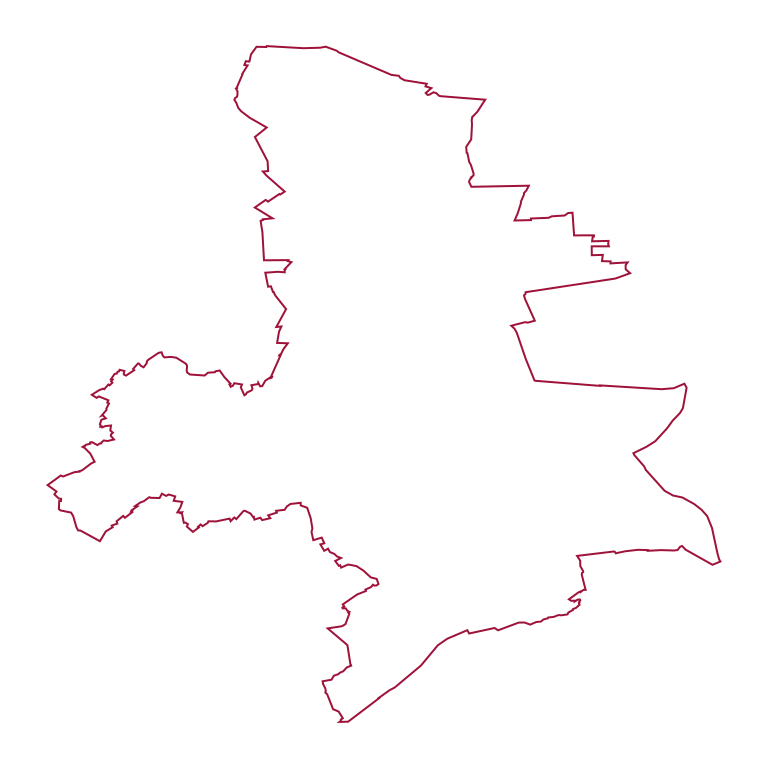 the district of Leeuwarden, Friesland, Netherlands
{"feature_id": "6326949B93347001607369", "entity_name": "Leeuwarden", "entity_type": "district", "adm_level": 2, "iso_a3": "NLD", "parent_name": "Netherlands", "parent_adm1": "Friesland", "projection": "natural_earth1", "projection_center": [5.791, 53.17], "detail": "fine", "context": "isolated", "style": "outline", "palette": "rose", "viewbox_px": 768, "rotation_deg": 0, "n_neighbors": 0, "source": "geoboundaries", "source_scale": "gbopen_adm2", "svg_char_len": 6036}
<svg xmlns="http://www.w3.org/2000/svg" viewBox="0 0 768 768"><path d="M561.5,615.3L567.5,614.4L568.3,612.6L573.0,609.9L573.1,609.0L576.0,607.9L579.5,604.8L579.0,603.6L579.5,602.6L579.0,602.2L580.3,600.3L579.8,599.4L577.5,599.7L574.7,601.5L574.8,600.7L571.2,600.8L568.9,599.3L578.3,592.5L580.2,591.5L580.5,592.1L583.5,589.8L585.6,589.9L581.8,574.8L581.9,573.1L583.2,572.1L583.1,571.1L580.3,566.1L580.2,560.7L577.1,555.9L613.7,551.5L614.6,551.6L615.8,553.3L625.0,551.3L637.9,549.8L648.0,550.1L647.8,550.8L661.2,550.1L674.2,550.5L677.6,550.0L680.2,546.7L682.1,546.0L685.5,549.6L712.5,564.8L720.4,561.5L719.1,559.2L717.5,553.6L712.0,528.0L707.2,516.1L701.5,509.7L694.0,503.9L682.4,497.5L673.0,495.5L664.6,490.8L645.8,469.9L644.2,466.4L634.4,455.2L633.4,453.2L646.8,446.6L655.3,441.2L667.0,428.4L672.7,420.6L680.0,413.0L682.9,408.2L686.6,387.7L684.4,383.7L673.8,388.2L661.6,389.2L600.0,385.4L600.2,385.9L535.4,380.8L534.5,380.5L525.7,358.8L516.8,332.8L514.5,328.7L511.3,325.7L525.0,322.2L527.9,322.6L534.8,320.7L525.0,298.9L524.0,295.3L525.5,294.0L525.6,292.2L615.5,278.5L630.1,273.2L625.7,269.3L625.6,265.2L627.6,262.4L610.5,263.4L610.6,261.4L602.0,261.1L602.8,254.9L591.8,255.2L591.7,246.3L608.9,246.3L608.2,244.2L608.5,240.9L592.1,241.3L592.7,236.8L593.9,236.6L593.9,235.3L574.1,235.4L572.5,212.7L568.2,213.0L564.7,215.5L551.8,216.3L548.6,217.8L530.9,218.5L531.0,220.1L514.6,220.5L517.8,213.1L520.9,203.3L520.9,201.7L523.9,194.7L524.0,193.0L526.4,190.4L528.8,185.7L471.4,186.8L469.0,181.8L469.9,179.4L471.5,177.8L471.1,177.3L473.5,175.5L473.6,173.6L470.9,164.9L469.2,161.9L467.4,153.1L466.7,152.9L466.2,146.9L471.2,139.4L472.0,124.6L471.7,120.1L472.2,117.1L477.4,111.7L485.2,99.7L440.8,96.2L439.1,95.8L436.2,93.1L433.5,92.3L429.4,94.7L427.5,94.9L425.7,93.0L431.4,88.1L425.5,86.4L426.7,83.8L404.4,80.2L400.4,78.0L398.8,75.8L391.4,74.9L338.6,52.3L336.7,50.7L325.7,46.7L320.4,47.7L303.4,48.2L266.7,46.1L266.4,47.0L256.5,46.8L251.0,54.4L249.6,60.7L248.9,61.2L250.2,61.7L245.8,61.2L244.4,65.0L247.6,65.4L242.3,73.8L242.6,74.1L237.0,87.1L237.2,88.0L235.9,88.5L237.5,91.2L237.5,94.3L237.1,96.6L235.0,98.2L234.4,99.8L236.5,103.2L238.2,107.8L241.2,111.3L249.6,117.7L266.7,127.5L254.9,137.0L267.6,161.3L268.1,171.1L262.9,171.5L266.4,175.5L284.7,191.6L280.1,194.6L279.4,194.0L268.0,201.6L265.7,199.9L254.8,207.5L272.5,218.3L262.9,219.3L263.1,219.9L260.6,220.9L262.4,232.1L264.0,260.3L288.3,260.1L287.8,261.1L291.4,262.1L284.7,269.1L285.4,269.4L284.6,270.7L284.7,272.3L278.0,271.8L265.3,272.7L268.1,286.7L270.9,286.3L273.0,292.0L273.6,291.9L275.3,295.5L286.1,309.1L276.3,327.0L281.4,326.5L279.0,331.7L277.1,342.9L287.8,343.3L283.6,348.9L280.9,354.2L279.5,354.9L279.3,355.3L280.6,355.2L271.2,376.3L272.2,376.6L271.7,377.7L270.1,378.3L269.8,377.7L265.3,380.7L262.2,386.1L260.1,386.3L258.2,382.7L257.9,384.1L251.4,385.2L252.5,388.7L251.7,390.3L246.8,392.6L246.0,394.3L244.4,395.3L240.8,387.4L242.0,384.5L234.3,383.2L233.0,385.6L230.7,386.8L229.4,384.4L230.6,383.8L224.4,377.1L219.7,370.5L215.5,371.3L214.9,372.2L208.0,372.7L204.6,375.5L189.9,374.5L187.2,372.5L186.7,370.6L187.1,365.8L186.0,363.8L176.3,357.7L170.9,356.9L164.4,357.4L162.8,355.7L161.6,352.3L158.7,352.8L148.1,359.9L147.0,361.2L146.6,363.4L143.6,367.3L140.8,365.8L138.9,363.5L137.9,363.5L133.1,369.0L134.2,370.2L126.0,375.6L124.1,374.7L123.7,373.7L124.4,371.0L119.6,369.8L119.2,371.3L117.5,371.8L116.8,373.6L114.6,373.9L111.3,378.8L111.0,379.3L112.6,379.6L111.1,381.3L112.4,382.7L109.6,385.3L108.4,384.5L104.2,389.2L103.1,388.7L99.3,390.1L91.8,394.8L96.7,397.9L98.8,396.4L108.4,400.3L107.3,402.6L109.0,403.4L106.3,408.7L106.6,409.8L101.7,415.6L102.8,415.2L105.8,418.3L101.5,419.7L99.9,424.2L100.5,425.1L100.3,426.8L101.8,426.4L102.2,427.4L105.3,426.1L111.0,425.5L110.3,430.5L112.9,432.7L111.1,434.3L110.8,435.9L114.0,439.5L107.6,441.0L103.7,440.5L101.4,442.5L101.3,443.4L99.6,443.6L97.4,445.1L91.9,442.1L90.1,442.5L90.3,443.7L85.6,444.9L84.4,446.7L83.8,446.2L82.6,446.9L84.6,447.9L90.3,453.6L94.6,461.8L91.3,463.4L81.8,470.5L79.4,471.1L79.5,471.6L74.3,472.2L63.1,476.5L60.8,475.5L47.6,485.1L56.5,491.5L54.4,494.4L58.9,498.6L61.1,498.8L61.0,501.0L59.2,501.1L58.9,509.2L60.4,510.4L71.1,512.6L73.2,516.1L76.4,527.2L78.1,530.4L80.5,530.6L99.9,541.2L105.8,531.4L112.7,527.2L111.7,525.6L117.3,523.6L116.6,521.3L123.2,515.9L124.9,517.8L132.0,512.4L131.0,511.9L132.3,510.9L131.6,510.3L137.3,506.4L135.2,506.0L140.7,502.3L143.7,501.3L149.3,497.2L150.9,497.8L159.6,498.0L161.9,493.7L166.1,495.9L168.8,494.5L175.2,496.4L173.7,500.8L182.3,501.9L180.4,507.4L177.4,512.4L181.9,512.3L181.1,513.1L181.9,513.1L183.8,522.8L185.4,522.6L187.9,524.1L186.9,526.6L192.9,531.9L198.8,527.5L198.0,526.9L200.6,524.5L202.6,526.2L207.7,522.9L208.4,521.3L216.2,521.4L229.6,518.6L230.6,521.2L234.3,517.5L236.3,519.1L243.4,511.1L244.8,510.7L250.6,513.6L253.2,517.2L253.9,516.9L254.4,519.6L260.4,517.7L262.1,520.1L270.3,518.2L268.2,515.3L276.9,512.6L276.1,510.8L284.7,509.8L286.8,506.5L290.4,504.0L300.7,502.8L300.7,505.4L307.2,507.8L310.7,518.2L312.4,528.6L311.5,531.9L313.3,540.2L321.7,537.6L324.3,543.3L320.4,544.4L324.2,550.8L328.0,548.7L330.0,552.1L334.3,553.9L337.2,556.6L341.0,558.0L335.2,561.0L338.9,565.9L340.3,565.3L341.1,567.6L348.2,564.5L356.5,566.1L363.4,570.6L370.8,577.4L376.7,578.9L378.5,584.0L376.4,585.5L374.3,585.6L372.9,584.7L371.0,587.1L365.4,589.6L365.9,591.0L357.1,594.5L342.8,604.4L344.2,606.4L342.4,607.5L342.6,608.3L345.8,608.4L347.3,610.7L349.4,611.9L348.3,612.6L349.3,613.9L345.4,624.2L342.0,626.2L327.7,628.4L347.4,645.1L350.6,665.4L352.0,665.3L346.7,667.5L343.2,671.3L340.1,672.6L338.3,674.2L333.9,675.7L331.5,679.7L322.6,681.3L323.2,684.3L325.3,688.3L325.8,691.3L325.3,692.6L327.1,694.1L333.1,709.2L338.7,711.6L342.8,718.3L340.8,719.5L340.9,720.8L339.5,721.9L348.1,721.7L379.2,698.1L378.8,697.9L389.6,690.2L394.7,687.5L420.9,665.6L437.8,645.3L447.3,638.7L467.3,630.2L469.1,633.5L494.6,628.0L498.1,630.3L518.7,622.6L524.5,622.5L530.2,624.6L536.3,622.0L540.9,621.6L543.4,619.5L547.8,618.3L548.2,617.5L553.7,616.9L558.3,615.1L561.5,615.3Z" fill="none" stroke="#9f1239" stroke-width="2"/></svg>